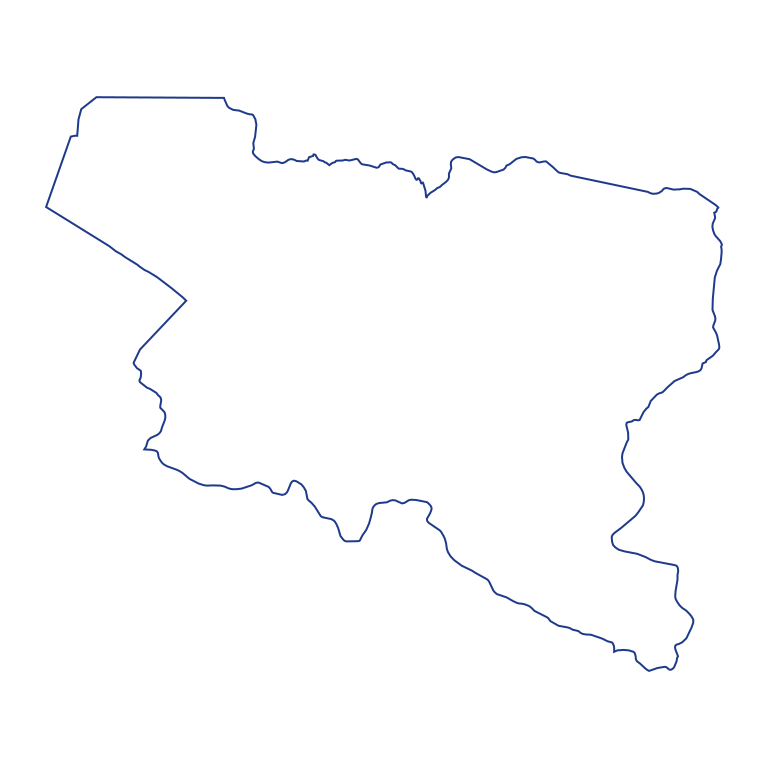 Sulaco, Yoro, Honduras (orthographic projection)
{"feature_id": "27666195B65323297642251", "entity_name": "Sulaco", "entity_type": "district", "adm_level": 2, "iso_a3": "HND", "parent_name": "Honduras", "parent_adm1": "Yoro", "projection": "orthographic", "projection_center": [-87.263, 14.959], "detail": "fine", "context": "isolated", "style": "outline", "palette": "blue", "viewbox_px": 768, "rotation_deg": 0, "n_neighbors": 0, "source": "geoboundaries", "source_scale": "gbopen_adm2", "svg_char_len": 6117}
<svg xmlns="http://www.w3.org/2000/svg" viewBox="0 0 768 768"><path d="M614.1,651.8L617.3,650.4L623.5,649.9L628.9,650.4L633.5,651.8L634.8,653.2L635.6,656.0L635.9,659.3L636.9,661.2L640.2,663.7L645.9,669.0L648.7,670.8L649.4,670.8L657.5,668.0L664.8,666.8L666.4,667.2L669.4,669.7L671.1,669.7L672.9,668.6L674.2,667.1L676.0,662.7L676.7,660.8L677.0,658.2L678.0,656.3L675.4,649.5L675.0,647.1L675.4,645.6L676.3,644.7L678.8,644.0L682.2,642.3L686.4,638.3L691.5,627.6L693.2,622.8L693.3,619.7L691.5,616.4L689.2,613.6L686.2,610.6L682.2,607.9L679.8,605.6L677.1,601.8L675.5,598.6L675.2,596.0L675.6,590.9L677.5,579.7L677.5,574.9L678.2,571.3L677.9,568.2L677.0,566.2L676.2,565.6L674.1,565.0L654.7,561.3L650.8,559.8L645.4,557.0L637.1,553.8L624.6,551.4L619.0,549.8L615.4,547.5L613.1,545.0L612.1,541.8L611.7,537.3L612.3,535.3L614.0,533.3L621.2,527.9L635.5,515.8L638.2,512.4L643.0,505.3L643.8,501.6L644.0,498.3L643.7,495.1L642.9,492.2L641.4,489.2L639.7,486.6L636.1,482.9L626.6,471.7L624.3,467.7L622.5,462.9L622.0,457.1L622.5,453.3L626.7,442.5L628.0,440.1L628.3,439.0L628.1,432.6L626.3,425.1L626.6,423.0L627.7,422.3L631.9,421.4L634.0,420.0L635.6,419.9L638.1,420.3L639.6,420.0L643.6,412.0L646.5,408.5L648.3,407.1L650.8,400.9L656.9,394.6L658.8,393.5L662.0,392.5L663.2,391.7L667.6,387.2L674.6,381.0L683.2,377.2L685.8,375.2L688.3,373.9L691.1,373.1L696.1,372.1L698.4,371.4L699.9,370.5L700.9,369.5L701.5,368.4L702.6,363.5L706.0,362.0L706.3,360.6L706.9,359.9L713.0,355.6L716.4,351.6L718.4,349.7L719.2,348.3L719.3,346.9L719.0,344.3L717.0,335.2L716.0,332.7L713.1,327.5L713.3,325.7L715.2,320.6L715.4,318.5L714.9,316.1L712.5,310.0L712.8,298.9L714.8,277.5L717.0,270.6L720.3,264.1L721.0,259.3L721.6,252.7L721.6,249.4L721.1,246.7L721.9,244.9L721.4,243.3L720.1,241.0L715.7,236.1L714.6,234.5L713.2,230.8L712.4,227.0L712.7,223.7L715.1,218.1L715.0,216.5L714.2,212.7L715.5,212.2L716.4,211.5L717.0,209.3L718.3,207.6L717.9,207.1L715.6,205.0L699.4,194.0L697.2,191.9L690.3,188.9L683.2,188.7L679.9,189.3L673.6,189.6L667.6,188.2L665.8,188.0L663.8,188.8L661.7,191.1L658.7,193.0L656.3,193.6L652.9,193.8L650.2,193.1L647.9,191.9L570.4,175.6L567.6,174.2L559.7,172.8L558.0,171.9L552.8,167.0L546.1,161.4L543.7,161.5L539.8,162.4L538.4,162.3L536.6,161.6L534.9,159.7L533.2,158.5L525.3,157.0L521.4,157.3L516.4,158.9L509.5,164.3L506.6,165.5L505.2,168.0L503.5,169.6L496.9,171.9L494.5,172.4L491.7,171.7L487.0,169.5L469.6,159.2L458.8,157.1L457.0,157.2L455.6,157.5L452.8,159.5L451.7,160.8L451.1,161.9L450.8,164.0L451.3,168.3L448.9,173.7L449.0,177.0L448.5,178.8L447.9,179.9L446.1,181.8L442.2,184.8L439.7,187.1L437.3,188.0L435.2,189.9L430.5,192.8L427.2,196.0L426.8,197.3L426.5,197.4L426.2,197.2L426.0,196.2L425.5,190.8L423.1,183.0L422.9,182.6L422.4,182.7L421.4,183.4L421.1,183.3L420.5,181.2L418.9,178.4L418.1,178.2L417.3,179.5L416.7,179.8L416.2,179.6L415.3,178.4L414.5,176.3L413.1,173.8L411.8,172.0L410.4,171.4L405.8,170.4L402.9,168.9L398.6,168.6L395.3,165.3L392.8,164.1L391.6,162.8L390.6,162.3L386.2,162.5L381.0,164.3L380.1,164.8L379.3,166.4L378.6,167.1L377.6,167.6L376.4,167.7L369.5,165.5L362.2,164.3L360.8,163.3L358.0,159.6L357.0,159.0L356.2,158.9L350.1,160.4L348.5,160.4L345.4,159.8L342.6,160.5L336.5,160.7L336.0,160.9L335.2,162.0L331.9,163.2L329.3,165.2L326.4,162.8L324.9,162.4L323.6,161.3L318.9,159.9L317.5,158.5L315.4,154.8L314.1,154.4L313.5,154.5L313.1,155.9L309.1,157.2L307.6,160.7L306.2,160.5L303.9,161.5L296.8,161.0L293.9,159.6L291.2,159.1L288.6,159.7L285.0,162.2L282.6,163.1L281.1,162.9L277.4,161.6L268.5,162.6L264.9,162.2L262.1,161.3L259.1,159.4L255.3,156.1L253.5,154.0L252.9,152.6L252.9,151.1L253.7,149.6L253.9,148.5L253.3,143.1L255.1,136.7L256.4,124.8L255.4,119.4L253.8,116.3L252.9,114.9L252.1,114.5L249.7,114.3L246.6,113.5L239.2,110.6L233.3,109.9L229.4,108.0L228.2,107.0L227.2,105.7L224.6,99.7L224.0,97.9L96.4,97.2L81.3,109.1L78.5,119.3L77.2,135.8L75.3,135.7L70.8,136.6L46.1,207.0L109.2,246.1L115.9,251.3L121.1,254.2L125.2,257.2L137.2,264.6L139.8,266.7L144.4,269.9L148.5,271.9L157.0,277.1L171.2,287.9L182.8,297.4L186.2,300.7L140.0,349.5L133.7,362.6L133.7,363.3L134.4,364.8L136.9,368.1L140.4,370.5L140.9,371.1L141.1,373.8L140.8,376.9L140.5,378.1L139.4,380.3L139.9,382.1L147.0,387.7L150.0,388.9L156.4,392.9L158.2,395.4L159.5,396.3L160.5,397.6L161.0,398.8L161.2,400.5L160.2,406.4L160.3,407.8L164.1,411.7L164.8,412.9L165.3,415.2L165.3,417.8L164.7,420.5L161.8,427.9L161.2,430.4L160.5,431.8L159.2,433.4L157.3,434.9L150.7,437.9L147.9,440.6L146.1,446.5L144.3,449.4L151.2,449.8L154.3,450.4L156.5,451.1L157.8,452.6L158.6,457.0L159.2,458.6L161.6,462.3L163.8,464.4L167.2,466.3L176.6,469.7L179.6,471.1L182.7,473.1L189.4,478.8L198.5,483.5L203.8,485.2L207.0,485.6L213.4,485.4L220.5,485.6L224.6,486.6L228.2,488.2L230.5,488.9L232.6,489.2L236.5,489.2L241.6,488.6L251.6,485.3L255.7,483.0L257.4,482.6L258.7,482.6L268.6,486.9L270.1,488.5L272.1,492.0L273.1,492.8L282.1,494.9L285.0,494.2L286.8,492.5L287.8,490.8L290.8,483.4L292.2,481.5L293.1,481.0L294.2,480.7L296.4,481.3L301.4,484.4L303.8,487.3L305.9,491.0L307.4,498.9L308.8,500.6L311.2,502.5L314.8,506.6L320.8,516.2L322.4,517.2L331.3,519.1L333.4,520.3L334.9,521.6L336.4,524.2L338.1,527.9L340.5,536.1L343.6,540.0L344.8,540.9L346.4,541.4L357.3,541.2L359.1,541.0L359.9,540.4L362.4,535.4L366.2,530.0L369.1,523.4L370.7,517.7L372.0,512.3L372.3,509.5L373.0,507.4L374.6,505.3L376.4,503.9L379.4,503.0L386.9,502.3L390.1,500.7L392.8,500.1L395.3,500.4L402.0,503.4L404.4,502.9L409.1,500.1L411.4,499.7L416.1,500.0L426.8,502.1L428.3,503.2L430.5,505.6L431.3,507.1L431.6,508.7L431.1,510.7L429.9,513.7L427.0,518.7L427.0,519.9L427.3,521.2L428.8,522.9L440.0,530.5L441.3,532.1L443.8,536.4L445.0,539.2L446.1,543.5L446.9,549.1L448.1,552.4L450.7,556.5L454.4,560.3L461.7,565.7L471.9,570.6L475.3,572.8L487.2,579.4L488.3,580.5L489.2,581.8L493.4,590.6L495.0,592.5L496.9,594.1L506.6,597.4L512.9,601.0L516.7,602.8L519.1,603.5L522.0,603.7L525.0,604.4L528.8,605.9L531.0,607.4L534.6,611.0L546.7,617.1L548.2,618.1L550.5,621.2L558.6,625.8L568.0,627.5L570.4,628.4L572.4,629.6L578.5,631.1L580.3,632.7L582.6,633.9L586.0,634.5L590.8,634.7L602.2,638.6L607.7,641.3L611.9,642.4L613.0,643.7L613.9,646.1L614.2,648.3L614.1,651.8Z" fill="none" stroke="#1e3a8a" stroke-width="2"/></svg>